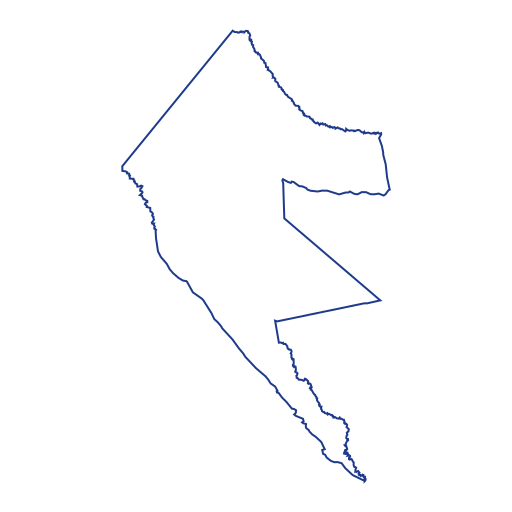 outline of Shangombo, Western, Zambia
{"feature_id": "96606910B19262681040951", "entity_name": "Shangombo", "entity_type": "district", "adm_level": 2, "iso_a3": "ZMB", "parent_name": "Zambia", "parent_adm1": "Western", "projection": "natural_earth1", "projection_center": [22.677, -16.496], "detail": "fine", "context": "isolated", "style": "outline", "palette": "blue", "viewbox_px": 512, "rotation_deg": 0, "n_neighbors": 0, "source": "geoboundaries", "source_scale": "gbopen_adm2", "svg_char_len": 6052}
<svg xmlns="http://www.w3.org/2000/svg" viewBox="0 0 512 512"><path d="M232.7,30.7L122.3,166.2L122.4,170.9L126.1,171.5L127.2,172.3L127.0,173.4L129.2,173.7L129.3,175.0L129.8,175.5L129.2,175.9L129.7,176.5L129.8,178.6L133.3,178.8L133.1,179.3L134.4,180.4L134.0,181.6L135.0,182.0L135.3,183.4L137.1,184.1L137.3,186.5L139.2,186.5L141.2,185.6L142.4,186.2L141.4,188.0L140.3,189.0L140.2,190.8L142.2,191.5L142.5,192.2L142.2,193.0L139.9,195.1L142.2,195.8L142.4,197.1L143.6,199.3L144.7,199.2L145.7,200.4L147.3,200.9L147.3,202.2L145.5,203.0L144.9,204.2L146.9,205.9L146.7,207.0L150.2,207.9L150.4,211.4L152.3,212.6L152.8,213.7L152.8,214.6L152.1,215.2L152.6,216.4L153.5,216.9L153.3,217.9L154.0,219.6L151.8,222.7L152.3,223.7L154.1,223.5L153.7,224.9L154.8,226.4L154.2,228.0L154.5,228.9L155.2,228.9L156.1,229.9L155.6,230.7L156.0,238.1L158.0,251.4L160.8,256.9L166.8,263.9L169.7,269.2L173.1,273.2L178.4,277.8L182.8,280.5L186.5,281.2L187.0,281.7L192.9,292.4L201.9,298.7L203.5,300.5L211.3,312.9L214.3,319.1L217.8,322.3L221.0,326.1L222.2,328.3L232.6,339.6L239.0,348.5L243.2,353.4L245.3,356.8L256.0,368.2L265.5,376.3L268.3,379.7L270.6,383.4L275.1,386.5L277.5,390.8L276.7,391.2L277.0,392.5L278.7,393.0L282.0,397.5L286.6,402.1L291.9,408.7L293.9,408.9L296.1,410.3L295.8,412.8L294.2,414.5L296.1,416.0L303.0,418.8L303.6,421.2L302.1,422.4L303.3,423.3L306.0,424.0L305.8,426.8L306.3,428.2L308.8,430.1L309.4,431.5L312.3,434.5L315.7,436.8L321.3,442.0L324.7,449.2L322.2,450.0L323.1,453.8L325.1,454.7L326.7,457.6L330.9,460.9L334.4,462.2L337.6,462.1L341.6,463.2L345.3,468.2L352.7,475.1L364.6,480.9L364.6,481.3L364.9,481.0L364.6,479.9L365.5,479.9L365.6,478.9L364.8,478.4L365.0,476.9L363.8,477.1L363.5,475.0L362.7,474.7L362.3,475.7L361.7,475.4L360.9,475.9L360.6,474.9L360.0,474.6L359.1,475.2L358.8,474.8L359.3,474.2L358.7,473.4L359.4,472.6L358.1,471.0L356.6,471.9L356.1,471.4L355.3,471.7L355.6,469.0L356.2,467.8L355.8,467.3L354.2,466.8L353.6,465.0L353.7,462.4L352.8,461.5L352.0,459.6L351.1,458.9L349.8,459.6L349.0,459.2L349.0,457.8L350.1,456.6L349.9,455.6L349.4,455.3L347.8,455.7L348.3,454.9L347.4,452.6L346.4,452.8L346.2,454.1L344.0,453.5L345.2,450.0L345.6,449.9L345.9,450.7L347.2,449.1L346.2,445.8L345.4,446.1L344.7,445.2L345.6,445.0L345.7,443.8L347.1,440.9L348.1,440.4L348.0,439.0L347.0,439.0L346.2,437.9L346.7,435.6L347.4,434.8L346.8,432.9L347.7,431.8L348.4,431.5L348.8,429.2L346.5,427.0L347.2,425.1L346.4,423.8L345.5,423.9L345.0,423.2L344.5,423.5L344.2,423.1L344.2,422.2L344.6,421.9L343.9,419.7L343.0,419.8L341.5,418.7L340.4,418.9L339.7,417.5L338.6,418.6L337.0,418.4L334.9,417.0L334.4,417.5L333.4,417.5L333.5,416.7L332.8,416.4L332.8,415.7L332.1,415.6L332.0,415.0L331.2,415.1L329.0,413.8L327.7,414.5L327.3,413.2L326.6,413.6L324.9,413.1L324.2,412.0L323.5,412.2L322.0,411.1L321.7,409.5L321.0,408.9L321.4,406.7L320.4,406.8L319.3,405.9L319.1,405.0L319.8,405.1L319.8,404.7L319.0,402.9L317.4,401.1L317.0,400.1L317.2,398.4L316.5,398.3L316.3,396.8L315.4,396.0L315.2,394.9L314.0,394.1L311.5,389.8L310.9,389.7L311.1,388.8L309.9,388.3L310.2,387.4L311.6,387.1L310.6,384.1L309.5,383.4L308.7,383.9L308.1,383.6L307.8,383.1L308.2,381.2L306.7,379.8L305.5,379.6L305.6,378.9L304.9,378.7L304.2,380.5L303.5,380.8L301.9,379.9L298.7,379.6L297.9,378.3L296.7,377.9L296.4,375.8L296.9,375.5L297.5,373.4L297.0,372.6L295.5,372.2L295.2,371.4L295.9,370.0L295.6,366.7L294.7,366.2L293.9,367.0L292.9,365.7L292.9,364.8L293.7,364.1L293.6,359.2L293.1,358.9L292.7,359.7L292.1,359.3L291.9,358.0L291.4,357.6L291.5,354.5L290.7,353.5L291.5,352.0L291.5,350.9L290.8,349.7L289.2,349.7L288.8,349.0L287.7,348.6L287.3,346.3L285.5,343.9L283.6,344.0L283.0,342.8L282.2,343.2L281.0,342.5L278.9,342.7L275.1,320.7L277.1,321.4L364.3,303.3L366.8,303.4L380.3,300.4L284.3,218.4L283.2,183.4L282.4,180.2L283.0,179.2L287.8,181.9L290.8,182.9L291.7,181.6L293.7,182.1L299.2,186.1L302.4,186.4L306.3,188.1L307.3,189.5L310.3,190.7L317.6,191.5L322.4,190.6L327.3,190.7L339.2,194.4L345.2,192.6L348.7,192.4L349.9,191.5L353.7,193.6L355.9,194.2L357.8,194.2L361.8,192.1L366.1,192.2L370.6,194.2L374.3,194.3L378.7,193.6L383.6,195.5L385.5,194.3L388.4,190.3L389.7,189.7L387.1,177.5L385.7,164.3L383.3,155.1L383.1,152.0L381.9,146.1L379.1,138.1L381.2,134.3L381.1,133.2L379.9,133.6L378.6,133.4L378.0,132.5L376.4,133.5L376.4,132.9L376.0,132.9L375.3,133.7L374.6,133.6L375.0,133.0L374.2,132.6L371.4,133.7L368.2,132.6L365.5,133.2L364.7,132.3L364.2,132.8L364.1,132.4L363.7,133.2L363.1,132.3L361.7,132.2L359.4,130.2L357.6,130.0L355.0,131.1L354.6,130.7L353.8,131.1L353.4,130.6L351.0,130.3L349.8,130.8L347.5,130.0L346.2,128.9L346.1,130.6L345.3,131.4L341.9,129.1L340.5,129.2L339.9,128.4L338.3,128.2L337.6,127.4L335.5,128.6L335.4,127.8L334.5,127.1L333.8,127.5L332.7,127.3L332.6,127.7L331.5,126.9L330.3,127.3L330.0,126.5L329.6,126.9L329.2,126.3L328.3,126.6L327.0,125.3L325.8,125.5L325.3,124.1L323.1,124.5L322.5,123.3L320.9,124.1L320.3,123.6L319.4,124.9L317.7,122.6L316.1,123.4L314.2,122.2L314.1,121.6L312.9,120.7L312.8,119.6L311.8,119.5L311.5,118.8L310.0,118.2L309.5,116.7L306.8,116.5L304.9,115.3L304.4,115.6L303.6,114.8L304.1,113.6L303.0,113.0L303.1,112.3L302.6,111.8L302.5,111.1L300.3,110.3L299.3,109.4L299.6,108.9L299.0,107.6L299.4,107.0L298.4,105.9L295.6,105.7L293.8,103.6L293.9,102.9L292.8,101.1L291.9,100.8L292.0,99.4L287.9,96.7L287.0,94.9L286.3,95.0L285.0,93.8L284.1,91.8L283.0,91.1L283.0,90.3L282.7,90.4L281.6,89.3L281.8,88.8L281.0,87.4L278.8,86.7L279.0,85.6L278.4,85.2L277.6,82.6L275.4,81.3L275.1,80.3L275.4,79.1L274.5,77.8L273.0,77.7L273.3,77.3L272.6,75.8L272.8,74.1L270.2,71.2L268.8,70.4L268.4,69.5L267.8,69.7L268.0,67.4L266.1,67.1L265.5,63.1L264.3,62.8L263.9,60.8L261.0,58.4L261.1,57.5L259.8,54.6L258.1,53.4L257.9,52.7L257.3,52.7L257.3,53.1L256.9,52.5L256.1,52.6L254.7,51.3L255.0,50.8L254.3,49.8L254.3,48.7L253.1,47.1L253.2,45.2L252.0,44.7L252.1,44.2L251.6,43.4L251.9,41.7L251.2,41.5L251.2,39.7L250.5,39.4L250.0,40.4L249.5,39.9L249.5,36.7L250.2,35.4L249.4,33.3L248.1,32.7L248.2,31.8L247.7,31.0L245.8,30.9L244.3,32.3L244.2,31.8L241.3,31.5L241.4,32.1L240.1,31.8L239.6,32.4L238.1,32.7L237.6,32.2L234.7,32.0L232.7,30.7Z" fill="none" stroke="#1e3a8a" stroke-width="2"/></svg>